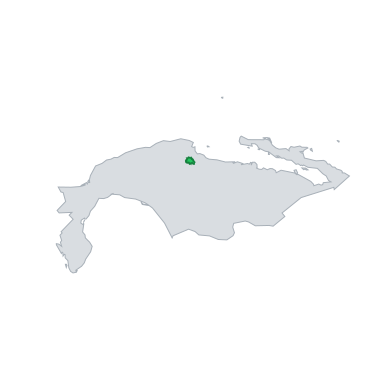 La Yesca, Nayarit, Mexico (highlighted), rotated 139°
{"feature_id": "50627088B10803570714070", "entity_name": "La Yesca", "entity_type": "district", "adm_level": 2, "iso_a3": "MEX", "parent_name": "Mexico", "parent_adm1": "Nayarit", "projection": "orthographic", "projection_center": [-104.035, 21.59], "detail": "fine", "context": "in_parent", "style": "filled", "palette": "green", "viewbox_px": 384, "rotation_deg": 139, "n_neighbors": 0, "source": "geoboundaries", "source_scale": "gbopen_adm2", "svg_char_len": 5784}
<svg xmlns="http://www.w3.org/2000/svg" viewBox="0 0 384 384"><g transform="rotate(139 192 192)"><path d="M62.7,100.8L83.1,100.5L81.9,102.5L113.3,116.2L137.8,117.1L138.0,112.6L153.2,113.0L155.8,116.2L166.4,125.0L169.0,132.4L170.9,135.2L181.1,141.0L184.3,138.8L186.7,133.4L189.7,132.1L197.1,133.0L203.3,138.9L207.6,147.4L215.0,155.1L215.6,160.1L219.0,166.2L235.0,171.4L237.1,170.4L233.1,186.6L232.3,205.8L233.2,209.8L237.7,215.2L236.9,218.2L237.0,215.2L233.3,210.6L234.6,214.9L239.2,223.7L246.5,232.0L248.4,237.3L253.5,242.5L252.1,242.5L255.0,243.6L254.1,242.9L259.2,243.3L263.0,245.0L266.4,248.3L274.9,245.0L281.2,244.2L285.3,241.8L289.6,241.1L290.6,241.8L290.3,242.9L294.0,243.4L296.3,241.5L295.5,238.7L294.3,239.5L294.6,238.9L300.8,233.6L300.9,229.8L302.6,227.4L302.2,221.2L303.0,216.5L307.7,213.4L316.2,211.1L319.8,209.2L324.0,208.4L331.0,209.2L331.5,208.2L329.7,208.3L331.9,207.3L334.9,209.0L335.7,211.7L334.7,215.6L330.7,221.7L330.9,225.5L328.9,228.0L329.3,228.8L331.3,228.3L329.4,230.8L329.5,231.8L330.9,231.3L329.0,241.1L328.3,242.0L326.7,240.0L326.0,236.5L324.3,240.4L322.2,240.9L320.0,246.0L316.9,246.3L316.8,247.9L299.6,249.4L299.9,255.1L296.0,255.4L306.0,263.4L305.9,266.6L293.6,267.7L289.6,276.1L290.9,278.0L289.7,283.5L280.2,275.0L272.7,269.4L268.2,267.3L267.7,267.9L271.9,269.8L265.4,268.3L265.8,266.8L264.1,267.5L263.0,266.3L261.9,267.8L264.1,268.3L260.9,268.9L257.8,271.1L247.7,274.9L241.1,272.6L235.5,272.2L231.7,270.0L228.0,269.1L225.6,266.8L216.5,265.2L205.1,260.6L197.8,256.2L194.6,253.1L187.1,252.1L179.9,249.5L175.3,244.4L165.5,239.5L160.3,232.7L158.5,228.5L162.5,226.5L161.8,224.8L160.1,224.2L162.7,221.0L163.0,217.3L160.9,215.9L158.9,212.1L159.0,208.7L157.6,205.6L152.0,199.8L147.1,192.7L139.6,186.5L141.8,187.7L141.9,186.4L137.9,185.0L135.0,180.2L137.1,180.4L131.3,177.0L130.5,175.4L128.3,175.9L127.9,175.2L129.7,173.4L126.8,174.8L125.1,173.3L124.9,170.2L127.0,167.5L127.8,168.1L126.4,165.2L124.6,163.3L122.2,163.3L120.6,159.4L117.7,158.5L116.0,156.8L114.9,153.4L115.8,151.3L110.5,150.0L102.0,138.9L101.6,136.4L100.3,135.5L95.4,122.1L95.2,118.1L95.9,116.8L91.1,114.8L90.1,112.6L88.6,111.8L86.8,112.9L80.5,108.5L81.4,111.2L80.2,116.0L81.3,120.0L81.9,127.6L88.3,134.6L90.1,139.2L91.2,139.1L91.6,140.4L92.6,140.6L93.4,143.6L95.3,144.6L96.1,150.7L99.5,154.0L100.5,157.4L102.1,158.6L103.1,162.7L104.5,163.8L103.8,160.7L105.8,162.6L107.8,172.0L110.0,174.8L112.8,181.6L112.2,184.4L112.8,187.0L115.4,189.5L116.5,187.1L123.9,196.2L123.1,199.4L119.9,201.7L118.2,201.9L115.2,194.6L103.5,184.3L102.4,184.4L100.1,181.3L99.7,179.2L100.6,174.7L99.8,170.3L98.2,167.2L92.6,163.1L91.7,159.4L90.5,160.9L87.5,161.4L85.6,158.8L80.4,155.9L79.7,153.7L75.9,150.3L75.7,149.2L79.7,150.1L82.2,149.4L82.1,150.4L84.1,151.5L83.5,149.0L82.6,148.8L84.9,143.9L77.9,134.1L71.9,129.5L71.0,127.4L71.3,124.0L69.8,122.7L69.7,118.8L67.9,117.0L67.8,114.6L65.4,110.8L65.1,109.0L66.1,107.9L64.4,106.3L62.7,100.8ZM101.6,139.1L100.8,141.4L98.8,140.5L99.8,137.0L101.1,136.6L101.6,139.1ZM93.3,138.1L90.5,135.4L89.9,132.6L91.3,133.6L91.6,135.1L93.1,135.6L93.3,138.1ZM335.0,220.5L334.2,219.8L334.5,218.6L336.4,217.5L335.0,220.5ZM100.1,184.3L98.0,181.7L99.6,176.7L99.0,181.2L100.1,184.3ZM74.7,146.9L73.1,146.4L74.4,143.8L75.0,145.8L74.7,146.9ZM48.8,135.9L47.6,134.0L48.0,133.3L48.5,133.4L48.8,135.9ZM101.9,184.4L103.1,186.5L100.4,184.4L101.9,184.4ZM150.8,215.9L150.5,216.7L149.8,216.4L149.5,215.0L150.8,215.9ZM113.7,179.9L114.2,181.4L112.8,179.4L113.7,179.9ZM108.9,169.5L109.7,170.2L108.4,171.6L108.9,169.5ZM107.9,243.8L107.4,244.0L106.5,243.3L107.3,242.6L107.9,243.8ZM292.7,240.9L291.2,241.3L293.7,240.3L292.7,240.9ZM120.7,188.9L119.9,188.7L119.9,187.2L120.7,188.9Z" fill="#d9dde1" stroke="#a8b0b8" stroke-width="1"/><path d="M172.6,213.2L172.7,212.9L172.8,212.7L172.8,212.4L172.6,212.2L172.6,212.3L172.3,212.4L172.2,212.4L171.9,212.3L171.9,212.2L171.7,212.1L171.5,212.3L171.4,212.3L171.2,212.4L171.0,212.5L170.9,212.6L170.7,212.7L170.6,212.8L170.4,212.8L170.5,213.5L170.2,214.7L170.4,214.7L170.3,214.8L170.4,215.0L170.3,215.3L170.2,215.3L170.2,215.5L170.4,215.6L170.4,215.8L170.3,216.0L170.0,216.1L170.1,216.3L170.0,216.5L170.3,216.7L170.0,216.8L170.3,216.8L170.4,217.0L170.0,217.5L170.0,217.8L170.0,218.0L170.1,217.9L170.1,218.0L170.2,217.9L170.3,218.0L170.5,218.0L170.5,218.3L170.4,218.4L170.5,218.6L170.8,218.7L170.9,218.8L171.0,218.9L171.1,219.0L171.2,219.3L171.2,219.5L171.3,219.6L171.5,219.6L171.8,219.8L172.0,219.9L172.1,220.0L172.3,220.3L172.2,220.4L172.3,220.4L172.4,220.5L172.5,220.4L172.8,220.4L173.0,220.4L173.3,220.3L173.5,220.2L173.6,220.3L173.6,220.2L173.7,220.4L173.8,220.4L174.0,220.3L174.0,220.2L174.0,220.3L174.1,220.2L174.1,220.3L174.2,220.2L174.3,220.1L174.4,219.9L174.6,219.8L174.7,219.7L174.8,219.7L174.9,219.8L175.0,219.9L175.2,219.7L175.2,219.8L175.3,219.8L175.2,219.9L175.3,219.9L175.4,220.0L175.5,220.0L175.5,219.9L175.8,219.8L176.0,219.8L176.2,219.7L176.2,219.4L176.3,219.4L176.3,219.2L176.5,219.2L176.7,218.9L176.8,218.9L176.9,218.7L176.8,218.4L176.7,218.4L176.8,218.2L176.7,218.1L176.8,218.1L177.0,218.1L177.0,217.9L176.9,217.8L176.9,217.7L176.7,217.4L176.6,217.2L176.4,217.3L176.5,217.3L176.4,217.3L176.2,217.3L176.1,217.2L175.9,217.1L175.8,216.9L175.8,216.7L175.7,216.7L175.5,216.4L175.4,216.4L175.2,216.4L175.3,216.2L175.2,216.0L175.3,216.0L175.3,215.9L175.1,215.8L175.2,215.5L175.3,215.5L175.3,215.4L175.5,215.2L175.5,214.9L175.4,214.9L175.4,215.0L175.3,214.9L175.2,214.8L175.1,214.7L175.3,214.6L175.2,214.6L175.2,214.4L174.9,214.4L174.7,214.4L174.4,214.3L174.2,214.3L174.2,214.2L174.1,214.3L174.0,214.2L173.9,214.2L173.7,214.3L173.6,214.2L173.4,214.3L173.3,214.2L173.2,214.2L172.9,214.0L172.9,213.9L172.7,213.8L172.7,213.6L172.8,213.5L172.8,213.4L172.8,213.5L172.7,213.5L172.7,213.4L172.6,213.2L172.6,213.2Z" fill="#22c55e" stroke="#15803d" stroke-width="1.5"/></g></svg>